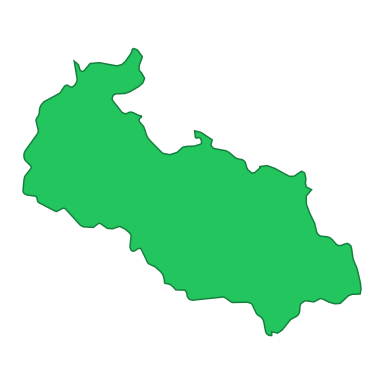 map outline of Moravskoslezský (orthographic projection)
{"feature_id": "CZE-1612", "entity_name": "Moravskoslezský", "entity_type": "Region", "adm_level": 1, "iso_a3": "CZE", "parent_name": "Czechia", "parent_adm1": "", "projection": "orthographic", "projection_center": [17.887, 49.846], "detail": "fine", "context": "isolated", "style": "filled", "palette": "green", "viewbox_px": 384, "rotation_deg": 0, "n_neighbors": 0, "source": "natural_earth", "source_scale": "10m", "svg_char_len": 3181}
<svg xmlns="http://www.w3.org/2000/svg" viewBox="0 0 384 384"><path d="M133.6,48.5L136.9,49.7L138.0,50.8L141.6,55.7L142.1,56.4L142.2,57.2L142.0,58.1L141.6,59.1L139.4,64.8L139.0,67.6L139.5,70.7L141.5,72.8L144.6,78.4L142.7,83.1L138.7,86.5L130.4,91.5L125.1,93.5L115.7,93.9L113.5,95.0L112.1,98.0L112.5,100.3L122.0,112.4L125.0,113.8L127.0,113.5L128.7,112.5L130.8,112.0L133.3,112.7L138.7,115.4L141.4,116.0L141.5,116.3L141.6,116.6L141.5,116.8L141.4,117.0L139.6,118.6L139.0,120.3L139.6,122.0L141.4,123.9L143.6,126.5L144.9,129.9L146.0,133.7L147.6,137.4L149.8,140.4L162.5,153.2L169.7,154.7L176.9,152.5L182.7,147.3L186.3,146.4L194.2,146.1L200.6,144.2L201.6,142.9L201.2,139.8L199.8,137.7L198.1,137.6L196.6,138.1L195.5,137.7L194.6,130.8L197.9,131.6L200.7,132.3L212.2,139.8L210.9,145.4L213.5,148.4L226.1,150.8L229.1,152.4L235.3,157.7L237.7,158.8L242.3,159.7L244.7,161.5L245.5,163.1L246.9,167.9L248.0,169.9L251.9,173.1L254.8,172.6L260.3,167.7L260.1,167.2L259.8,166.8L259.4,166.7L259.0,166.7L267.0,165.6L274.6,168.3L289.3,176.3L293.9,176.3L301.6,171.2L304.6,173.0L305.9,178.5L305.4,183.2L306.3,187.0L311.6,189.7L306.2,196.1L306.4,204.3L309.9,213.6L314.6,223.2L316.7,232.1L318.0,234.4L320.6,236.2L326.7,236.7L329.6,237.5L332.2,239.6L336.1,244.2L338.6,245.6L341.5,245.4L344.6,244.0L347.7,243.4L350.7,245.6L351.5,248.0L353.0,258.5L354.0,261.4L356.4,266.8L357.3,269.5L360.3,282.5L361.0,288.9L360.2,294.0L352.0,294.3L348.3,295.8L340.3,303.4L334.7,303.8L328.9,302.1L322.3,298.9L321.0,298.6L319.6,298.9L313.9,301.9L305.1,300.7L301.1,303.4L300.0,305.9L299.6,311.6L298.6,314.3L297.0,316.0L290.5,319.6L282.1,330.1L277.6,333.1L271.8,331.8L271.7,335.5L269.5,335.5L268.3,335.0L267.2,334.2L266.2,332.9L265.5,331.0L263.9,322.3L263.3,320.3L262.4,318.6L261.2,317.2L257.7,315.0L256.4,313.5L252.2,304.6L251.2,303.5L247.7,302.2L232.6,302.5L231.3,302.1L225.3,297.8L223.4,297.0L192.4,300.2L190.7,299.8L189.3,299.1L188.2,298.0L187.4,296.5L186.6,292.7L186.0,291.4L185.3,290.6L184.5,290.1L175.8,289.9L172.8,286.5L170.2,284.5L164.6,283.1L164.2,279.2L163.3,275.8L162.6,274.1L160.4,271.4L155.1,266.8L148.9,263.9L147.6,262.5L141.5,249.7L140.4,248.5L139.3,248.3L138.1,248.6L134.5,251.0L133.2,251.2L131.9,250.8L130.8,249.7L130.2,248.0L130.0,246.0L131.1,235.9L130.8,234.5L129.9,233.2L125.4,229.2L119.7,226.4L112.5,228.8L107.4,228.4L100.2,223.4L99.0,223.4L98.0,223.8L93.3,227.4L83.3,226.8L80.4,225.3L65.3,208.7L63.9,208.2L62.5,208.4L56.9,211.4L55.5,211.3L38.7,202.6L37.9,201.8L37.5,200.8L36.9,197.7L36.5,196.8L35.6,196.2L27.1,195.0L24.5,193.8L23.7,192.9L23.2,191.7L23.0,190.3L24.1,179.2L24.5,177.5L25.1,175.9L30.8,168.6L31.2,167.5L31.1,166.6L30.6,165.7L25.2,160.3L24.4,158.7L24.0,157.0L23.9,155.3L24.1,153.6L24.7,152.0L25.5,150.4L37.3,134.0L38.0,132.7L38.2,131.4L38.2,129.9L36.0,120.8L36.2,119.4L36.6,118.4L38.7,115.1L39.2,113.5L39.6,108.8L40.3,106.7L41.3,104.8L43.9,101.8L59.9,93.1L64.4,86.4L65.4,85.6L66.5,85.1L67.7,85.3L70.4,87.0L71.8,87.1L73.2,86.5L74.5,85.4L75.5,83.9L76.4,82.4L77.0,80.8L77.2,79.4L74.2,61.2L78.4,64.7L80.2,70.4L81.2,71.1L82.3,71.4L83.3,71.1L84.3,70.5L90.1,63.5L99.4,62.7L116.9,65.9L121.5,64.7L124.9,62.0L130.7,53.9L131.8,51.4L132.3,49.3L133.6,48.5Z" fill="#22c55e" stroke="#15803d" stroke-width="1.5"/></svg>